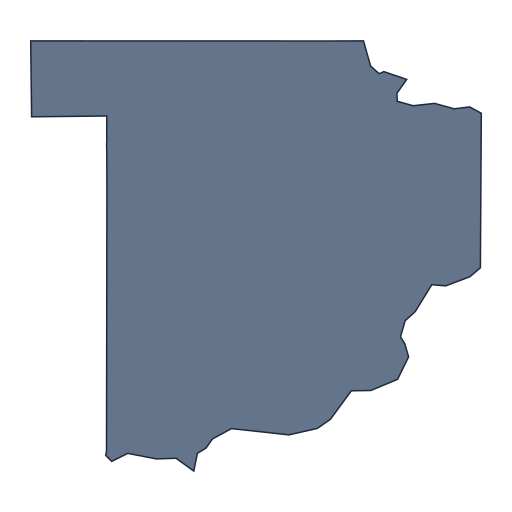 Sauk, Wisconsin, United States of America
{"feature_id": "52423323B28782339926700", "entity_name": "Sauk", "entity_type": "district", "adm_level": 2, "iso_a3": "USA", "parent_name": "United States of America", "parent_adm1": "Wisconsin", "projection": "mercator", "projection_center": [-89.906, 43.394], "detail": "fine", "context": "isolated", "style": "filled", "palette": "slate", "viewbox_px": 512, "rotation_deg": 0, "n_neighbors": 0, "source": "geoboundaries", "source_scale": "gbopen_adm2", "svg_char_len": 741}
<svg xmlns="http://www.w3.org/2000/svg" viewBox="0 0 512 512"><path d="M30.7,40.9L31.6,116.8L106.8,116.0L106.7,135.3L106.8,140.1L106.6,143.8L106.8,154.2L106.9,192.3L106.8,268.3L106.5,451.2L105.7,455.4L111.7,461.4L127.7,453.4L156.3,458.9L176.1,458.3L193.8,471.1L197.4,453.3L206.0,448.1L212.4,439.0L231.4,428.6L288.8,434.9L317.3,428.4L330.4,419.3L351.3,390.8L370.8,390.5L397.6,379.3L408.6,356.8L404.8,343.8L400.5,336.7L405.2,320.7L415.3,311.5L431.8,284.7L445.6,285.9L469.9,276.7L480.4,267.8L481.3,113.3L469.7,106.9L454.2,108.8L434.6,103.4L413.1,105.7L397.3,101.3L396.9,93.3L406.7,79.4L383.8,71.6L380.7,73.1L379.0,73.6L370.6,66.0L363.5,40.9L360.9,40.9L354.7,40.9L330.6,41.0L30.7,40.9Z" fill="#64748b" stroke="#1e293b" stroke-width="1.5"/></svg>